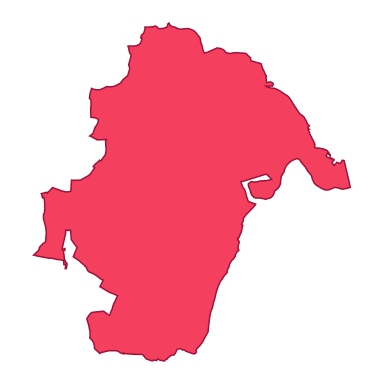 the district of Caianu, Cluj, Romania
{"feature_id": "2599482B32459864581078", "entity_name": "Caianu", "entity_type": "district", "adm_level": 2, "iso_a3": "ROU", "parent_name": "Romania", "parent_adm1": "Cluj", "projection": "albers", "projection_center": [23.923, 46.814], "detail": "fine", "context": "isolated", "style": "filled", "palette": "rose", "viewbox_px": 384, "rotation_deg": 0, "n_neighbors": 0, "source": "geoboundaries", "source_scale": "gbopen_adm2", "svg_char_len": 5872}
<svg xmlns="http://www.w3.org/2000/svg" viewBox="0 0 384 384"><path d="M241.3,232.1L242.4,226.6L242.9,225.3L241.5,224.3L243.0,221.7L243.5,218.2L246.2,214.6L252.8,207.8L255.3,204.9L255.7,204.1L249.3,201.9L248.0,200.8L246.6,196.5L245.2,191.0L244.4,189.2L243.5,188.2L242.7,186.8L240.8,181.8L244.6,180.8L266.2,174.1L269.3,176.8L271.7,179.4L266.7,180.6L260.1,181.0L256.7,181.9L254.0,182.0L251.2,181.7L248.4,183.7L248.3,184.9L248.7,187.1L250.0,189.4L250.6,192.3L251.7,194.9L253.9,197.4L256.0,198.1L258.2,197.9L261.1,198.2L265.7,199.3L266.4,199.2L267.1,198.7L269.5,198.2L271.0,197.6L272.5,196.2L274.0,193.4L274.8,190.8L275.8,190.3L278.0,188.3L279.1,186.7L280.6,183.7L280.3,182.8L280.8,181.2L280.6,180.8L280.7,179.7L281.5,176.0L283.7,172.5L284.2,171.4L284.4,170.1L285.7,166.9L286.9,165.1L289.1,162.8L291.7,160.7L295.4,159.1L297.8,158.6L299.7,159.9L301.5,162.7L305.2,166.9L308.0,171.5L311.3,175.3L311.7,176.0L312.1,178.5L314.3,183.2L316.1,185.0L321.4,188.3L324.5,189.8L326.4,190.0L329.1,189.8L334.7,187.4L337.2,187.7L342.4,189.2L347.4,188.3L350.3,187.4L348.6,179.5L344.1,160.6L342.2,160.2L340.9,162.6L340.0,163.5L336.9,162.3L334.3,165.5L332.0,162.8L332.6,161.6L334.2,160.0L334.1,159.6L332.0,158.4L331.1,159.0L330.7,158.4L330.5,157.6L330.1,157.2L329.5,157.8L329.1,157.5L328.5,157.7L326.9,156.8L326.1,156.0L326.2,155.6L327.4,153.3L329.9,155.4L330.3,155.7L330.5,155.4L327.4,150.8L324.6,149.3L318.7,148.0L315.7,148.1L314.9,147.1L314.6,147.0L314.9,144.9L314.5,143.2L309.6,133.5L309.6,132.8L308.2,129.5L309.3,129.3L307.7,127.8L309.1,126.2L308.7,125.9L309.2,125.6L307.5,124.1L306.3,121.0L303.6,116.5L300.0,113.9L298.9,112.6L292.8,103.3L289.9,98.5L287.5,95.8L285.2,94.5L280.0,91.0L277.4,89.5L274.7,88.4L271.0,88.0L267.1,87.0L267.0,86.8L266.0,86.2L269.0,86.3L270.9,85.9L272.3,86.2L273.1,84.8L273.3,84.0L272.5,83.1L272.5,82.8L271.4,82.2L270.6,82.2L270.4,81.9L266.5,82.5L266.0,76.7L266.3,76.4L266.3,75.6L265.6,75.3L265.1,73.7L262.5,68.1L261.5,65.3L261.3,63.9L261.1,63.7L250.8,60.7L250.6,59.1L250.7,58.0L248.2,55.7L247.7,55.5L246.7,54.0L245.4,53.3L242.5,53.2L241.6,52.9L240.4,53.2L238.9,52.8L235.1,52.7L233.2,53.0L232.5,52.9L230.7,53.5L229.8,53.5L225.8,52.5L224.7,50.9L223.7,49.9L220.2,48.3L219.4,48.4L217.2,47.9L207.2,52.4L204.4,52.9L203.8,52.2L202.9,50.0L202.1,45.8L200.8,42.5L200.8,41.4L200.4,40.3L200.1,38.2L199.1,36.6L197.8,35.2L196.0,32.7L194.1,30.9L191.0,29.4L188.0,28.5L180.7,29.2L178.4,28.9L174.6,27.0L173.2,26.9L171.3,26.2L170.2,25.2L168.9,23.0L168.0,23.7L167.3,26.2L167.0,26.6L165.9,27.6L163.4,28.3L159.0,28.8L157.3,27.6L157.4,27.3L156.4,26.4L154.9,26.0L152.5,26.9L150.0,26.9L147.8,27.2L145.0,27.0L145.0,28.9L144.1,32.1L143.5,33.4L141.7,34.9L141.0,36.2L140.9,37.7L141.0,38.2L141.8,38.0L141.6,38.7L141.8,39.9L140.2,43.6L137.4,45.4L135.4,45.9L131.6,46.2L129.8,45.9L128.0,46.2L128.8,48.7L129.2,51.3L130.2,53.9L131.2,54.7L130.6,57.8L128.7,64.4L128.9,65.9L129.7,67.5L129.4,69.9L128.1,74.4L127.4,76.0L123.3,79.4L120.1,83.4L114.6,86.2L110.6,86.9L107.9,86.6L106.4,86.7L103.5,88.2L99.8,89.8L96.4,89.8L93.1,89.1L91.6,88.4L90.1,93.2L89.4,98.3L90.9,99.8L91.0,100.7L91.0,103.3L91.1,104.4L90.7,109.2L90.9,117.3L95.1,117.8L98.1,119.2L98.4,120.0L97.8,123.0L96.3,125.8L95.2,127.0L93.2,132.8L92.6,133.8L89.7,136.0L92.0,136.8L92.6,137.5L93.6,137.8L97.2,139.9L107.2,139.5L106.4,139.7L105.6,140.7L105.7,144.4L106.2,149.1L105.9,151.8L105.3,154.7L100.8,161.0L99.7,160.1L98.1,161.8L95.5,163.8L93.5,166.2L93.2,166.6L94.6,167.8L90.7,173.6L88.9,175.2L88.9,175.4L80.5,180.1L74.0,180.3L71.5,180.1L70.8,191.2L69.9,191.5L66.3,192.0L62.0,191.0L52.5,187.6L48.0,192.4L47.6,193.1L46.6,192.8L46.6,192.3L41.3,193.6L42.4,196.5L42.5,196.9L42.2,197.0L42.6,197.9L44.0,197.5L44.5,201.4L44.7,202.3L44.7,208.1L45.0,208.9L44.5,210.5L44.4,213.3L43.5,214.1L43.4,217.2L43.6,219.4L44.2,221.4L45.7,227.3L46.3,232.5L45.7,240.4L45.2,242.3L42.7,243.8L39.7,247.0L38.7,250.3L33.7,255.1L34.9,255.2L35.4,255.6L36.1,255.8L49.3,258.3L50.4,258.1L55.4,259.0L56.5,259.4L61.0,259.9L63.5,260.5L63.9,264.7L65.8,265.1L65.2,268.6L66.3,268.6L67.0,264.8L66.8,262.9L66.0,262.8L64.4,258.9L64.0,255.1L63.3,251.0L64.8,250.4L64.9,248.6L62.0,249.5L65.5,233.7L65.8,232.0L65.6,230.3L70.6,230.3L71.3,239.6L77.0,247.6L73.2,256.8L79.1,260.7L82.0,263.4L84.6,265.4L84.7,265.9L85.8,266.8L87.0,268.6L87.4,270.4L89.5,272.2L91.2,272.7L93.6,273.9L96.1,275.4L101.3,279.4L103.2,280.1L101.1,284.5L99.9,286.7L109.0,292.1L114.7,294.4L117.6,295.8L115.8,299.3L115.0,301.6L114.1,302.9L113.4,304.5L113.4,305.0L112.6,306.7L112.4,308.5L111.3,310.7L109.8,314.8L109.4,315.3L108.5,315.0L105.6,312.6L103.5,311.2L92.6,312.3L91.5,312.6L90.0,313.9L87.0,318.3L86.8,319.1L87.7,321.6L89.4,328.0L89.5,328.4L89.3,328.4L90.0,331.7L90.1,337.1L89.7,337.5L90.3,338.6L91.8,339.8L93.3,342.2L94.1,344.7L94.4,346.3L94.4,347.8L94.9,349.0L98.9,352.6L100.1,352.8L100.0,353.3L101.8,352.4L109.1,350.7L115.7,350.7L117.7,351.1L119.4,352.1L120.6,353.0L122.9,353.6L123.7,354.0L124.1,353.7L123.9,353.2L125.7,353.7L134.1,354.3L142.0,354.4L143.2,355.2L146.2,358.9L150.1,360.3L151.6,360.6L152.1,361.0L153.3,360.3L154.4,360.1L156.6,360.5L158.1,358.8L159.6,360.1L164.4,361.0L165.4,359.9L166.8,359.3L168.0,357.8L170.6,355.7L171.7,355.2L174.2,354.9L175.9,352.2L176.3,350.9L176.8,349.8L178.9,348.7L180.6,348.7L182.3,349.9L184.3,350.1L185.2,350.5L185.8,351.2L193.8,354.0L194.7,353.5L195.3,353.6L196.5,351.9L195.8,350.2L198.5,346.9L199.3,346.3L202.8,341.7L204.0,339.2L208.0,332.0L208.2,330.9L208.7,325.4L209.7,317.0L210.9,311.4L212.4,307.7L213.3,303.5L214.9,298.1L216.1,292.7L218.3,286.0L220.4,281.5L222.5,278.6L224.4,275.5L226.5,273.4L227.2,272.4L227.3,271.8L227.2,270.3L228.9,267.2L229.4,264.5L229.8,263.7L231.4,261.0L234.0,258.3L234.5,257.1L235.3,256.4L235.4,254.8L236.6,252.5L237.2,251.6L238.7,250.7L238.8,250.0L238.1,248.1L238.4,245.0L238.9,243.7L239.2,241.7L239.0,241.1L238.2,240.4L237.5,238.8L238.1,239.0L238.6,237.8L239.0,237.6L240.0,234.8L241.3,232.1Z" fill="#f43f5e" stroke="#9f1239" stroke-width="1.5"/></svg>